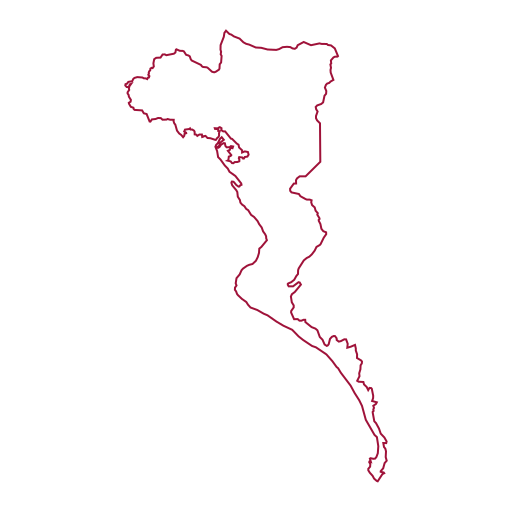 the district of Golfito, Puntarenas, Costa Rica
{"feature_id": "36466004B12763689767454", "entity_name": "Golfito", "entity_type": "district", "adm_level": 2, "iso_a3": "CRI", "parent_name": "Costa Rica", "parent_adm1": "Puntarenas", "projection": "mercator", "projection_center": [-83.1, 8.423], "detail": "fine", "context": "isolated", "style": "outline", "palette": "rose", "viewbox_px": 512, "rotation_deg": 0, "n_neighbors": 0, "source": "geoboundaries", "source_scale": "gbopen_adm2", "svg_char_len": 6005}
<svg xmlns="http://www.w3.org/2000/svg" viewBox="0 0 512 512"><path d="M128.3,81.9L127.1,83.6L125.5,84.2L125.3,85.5L126.7,87.0L128.7,87.1L129.9,84.3L131.1,83.9L129.4,86.3L128.9,88.5L129.2,89.9L127.6,92.3L127.6,93.5L128.6,94.9L128.9,96.7L130.9,99.9L130.6,101.7L128.8,102.8L129.0,103.7L130.8,106.8L133.4,107.7L133.7,109.1L134.6,109.9L142.1,110.4L143.8,113.3L146.6,114.0L149.6,121.5L150.4,121.6L151.9,119.4L155.6,119.0L158.0,118.0L160.8,118.1L162.5,119.7L166.4,119.6L167.6,119.0L170.0,119.7L173.7,119.8L173.6,121.4L174.3,123.4L175.3,124.6L177.0,130.6L179.2,133.5L181.3,135.0L183.1,137.2L184.2,135.9L184.6,133.7L186.2,133.2L186.1,132.7L184.2,131.5L185.0,129.6L189.3,129.0L190.0,128.4L190.5,129.5L192.2,129.5L194.1,130.7L194.6,131.7L194.7,134.4L196.4,134.7L197.3,135.9L199.4,134.5L201.9,134.5L202.2,137.0L203.5,136.6L203.5,136.2L205.5,135.9L207.5,138.0L210.3,138.2L215.4,139.9L216.0,139.8L216.9,138.3L218.6,136.8L219.1,135.5L219.0,133.2L219.7,131.2L218.2,130.9L218.3,129.1L215.0,128.9L214.8,128.2L217.6,128.4L219.5,127.2L220.1,127.3L221.5,128.2L221.3,130.1L223.2,131.4L225.1,131.4L230.9,138.6L232.1,138.9L236.8,143.6L238.5,144.7L239.1,147.5L242.1,150.3L242.1,152.5L244.8,151.4L247.9,152.0L248.6,154.7L247.4,156.6L244.8,157.0L243.9,158.5L243.0,158.5L242.4,157.5L239.2,157.1L238.8,158.2L239.4,159.7L239.3,161.3L237.4,162.0L234.6,162.1L233.4,163.2L232.0,163.1L230.7,161.4L227.5,160.6L228.4,160.1L228.8,156.6L230.6,156.0L231.3,155.1L227.9,150.8L229.9,149.8L230.2,148.6L231.3,147.9L232.5,148.2L233.1,146.5L230.9,146.1L229.6,147.2L226.6,147.3L225.4,145.9L224.9,143.3L223.8,143.1L221.1,144.6L219.5,147.0L218.2,147.8L217.2,147.7L217.3,147.1L218.9,146.0L219.8,144.7L219.3,143.4L223.8,139.8L221.7,137.2L220.0,138.8L217.8,143.2L216.2,144.8L215.4,146.8L217.1,151.0L218.1,157.1L220.4,159.4L224.8,165.5L227.8,168.6L229.5,171.8L235.4,176.0L241.2,183.4L241.5,184.8L240.1,185.4L239.4,186.5L238.5,186.6L236.3,185.0L234.0,182.2L233.0,181.6L231.8,181.6L231.4,182.8L232.2,185.3L236.2,190.1L237.3,192.0L237.8,196.7L239.9,200.0L240.4,202.6L242.1,204.6L244.4,206.2L246.2,208.9L248.2,210.2L251.1,214.9L254.1,217.0L257.6,221.1L259.2,224.2L261.7,227.5L263.1,231.4L265.2,234.3L266.1,236.3L266.2,238.3L266.9,240.2L261.3,247.0L259.3,248.6L259.0,252.9L257.7,257.2L255.9,260.8L252.5,264.0L249.3,264.8L247.0,265.8L243.0,268.6L241.5,270.3L239.7,274.4L236.5,278.2L235.7,283.3L236.5,285.5L235.0,287.6L234.9,289.8L236.1,291.4L237.0,293.9L237.9,295.1L241.9,298.9L246.3,302.0L248.0,304.7L250.5,307.5L257.3,310.0L263.7,313.7L267.5,315.3L276.5,321.6L283.4,325.7L292.2,329.8L298.6,336.4L303.0,339.9L312.1,346.0L315.9,347.3L326.4,354.4L332.4,361.2L336.6,367.0L338.1,368.2L340.8,372.7L350.6,385.6L354.6,393.0L359.2,400.2L362.0,405.9L365.8,419.8L374.5,434.9L376.9,437.1L378.3,446.2L377.8,453.3L376.4,457.0L375.1,458.6L373.3,458.8L370.6,458.2L369.9,458.6L370.9,462.0L369.5,461.5L369.2,462.1L370.3,464.1L370.1,466.7L368.3,468.8L368.3,470.3L369.8,472.7L372.6,475.8L374.1,478.6L376.7,480.9L377.7,481.3L382.4,474.1L384.2,473.2L383.7,472.5L380.7,471.8L380.7,471.2L383.2,468.3L384.6,463.1L386.7,460.7L385.7,457.1L386.0,451.3L385.3,448.6L384.0,447.0L383.3,443.0L386.2,443.1L386.6,441.5L384.4,437.5L380.7,433.6L379.0,428.6L376.0,423.1L374.3,421.3L372.7,412.6L372.7,411.8L373.6,410.9L373.3,409.4L374.0,407.9L373.3,405.8L376.0,403.9L376.8,402.3L372.1,401.0L373.1,398.2L373.2,395.8L371.8,388.8L371.2,388.1L369.5,387.9L368.2,390.1L366.7,387.0L364.0,384.4L363.4,382.0L358.6,381.7L357.2,380.8L359.5,376.2L359.2,373.3L360.4,369.3L360.6,365.3L361.8,363.4L362.0,361.6L361.2,360.5L357.0,358.0L357.1,354.3L355.8,350.5L355.8,348.4L355.0,344.9L350.8,346.7L347.3,347.7L347.7,343.8L346.1,339.4L344.3,339.3L340.9,341.1L338.8,341.6L336.7,340.0L336.6,338.3L335.0,336.1L333.8,336.0L331.9,336.8L330.0,338.9L328.7,344.2L327.8,345.4L326.8,345.9L324.6,344.5L322.5,339.7L319.8,337.0L317.4,330.3L315.4,328.6L311.6,327.1L305.4,322.1L305.2,319.8L303.5,319.8L301.4,320.7L299.5,320.7L297.7,319.1L294.1,319.2L291.1,312.5L291.2,311.0L293.7,307.4L293.7,305.4L291.8,302.3L290.9,296.5L291.9,294.2L294.8,292.0L300.9,284.6L299.7,282.5L298.5,282.2L293.1,286.3L288.7,286.3L287.8,284.8L287.8,283.8L288.3,283.4L291.2,282.2L294.2,279.8L296.4,275.9L298.0,274.0L298.1,270.2L298.7,268.4L303.8,260.4L306.7,258.0L309.3,256.7L311.8,254.4L314.7,250.6L316.5,246.9L319.8,245.0L320.6,244.1L323.8,237.6L326.2,234.2L326.1,232.3L323.3,231.2L321.4,228.8L320.4,224.0L318.8,220.9L318.7,219.9L319.5,219.1L319.5,218.3L317.3,214.7L317.8,213.2L315.6,210.7L314.7,207.4L312.1,205.1L311.2,202.3L311.6,200.3L309.7,199.6L306.9,199.6L305.6,199.1L300.4,196.2L298.9,194.0L291.5,192.4L290.2,190.8L290.1,188.7L293.8,183.6L296.1,183.5L296.0,180.2L297.0,178.4L299.7,176.3L305.6,176.3L320.3,161.8L320.0,123.3L317.1,120.4L316.0,118.2L316.0,116.0L317.6,111.5L316.2,109.3L315.7,107.0L317.2,105.4L321.2,104.0L323.1,102.4L324.5,95.7L326.1,93.8L326.3,91.0L324.9,87.6L325.9,84.9L327.1,83.6L329.2,82.9L330.6,81.5L333.4,79.9L330.7,72.6L330.5,70.0L331.0,67.8L330.4,64.4L331.2,63.5L330.9,60.4L333.5,57.4L334.9,56.7L337.5,56.6L338.0,56.1L334.8,48.4L331.0,45.4L328.0,45.0L326.8,44.0L321.5,43.9L319.5,43.4L311.0,45.2L303.7,42.0L297.7,45.2L296.6,47.6L294.8,48.8L292.5,48.4L290.3,47.1L287.0,46.8L282.6,47.2L279.1,49.1L276.3,49.9L267.6,49.5L261.2,47.8L255.8,47.5L249.2,44.6L246.1,43.8L243.4,42.3L239.6,38.6L233.9,36.4L231.3,34.6L229.4,34.0L226.0,30.7L224.4,32.9L223.8,36.8L220.6,45.1L220.5,49.7L221.1,51.8L220.7,54.3L221.6,55.9L221.1,62.5L219.7,64.3L219.5,68.5L219.0,69.6L215.7,71.8L214.2,72.3L212.1,71.8L207.7,67.8L206.7,67.3L203.1,67.0L201.9,66.3L200.9,64.9L191.7,60.5L190.7,59.1L189.8,56.4L188.5,55.5L186.1,54.8L183.9,51.4L182.7,50.9L179.8,50.8L176.4,49.3L175.9,49.7L175.4,52.5L173.9,53.7L166.3,55.2L164.8,54.4L162.6,54.5L160.5,57.6L156.2,57.8L154.2,59.2L153.4,63.3L153.8,66.5L152.6,68.1L151.7,67.8L150.4,68.6L150.2,70.4L149.2,71.3L148.7,72.8L148.9,73.7L148.3,74.8L149.4,76.1L148.9,77.5L148.0,77.6L147.2,79.1L145.8,78.4L143.8,78.3L142.4,77.5L137.3,77.1L134.5,77.9L133.3,78.9L132.2,81.2L128.3,81.9Z" fill="none" stroke="#9f1239" stroke-width="2"/></svg>